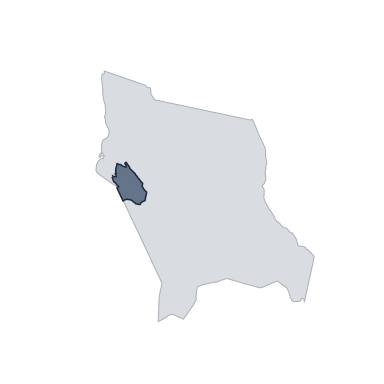 Fafi, North-Eastern, Kenya shown in context, rotated 155°
{"feature_id": "3690345B31550600225726", "entity_name": "Fafi", "entity_type": "district", "adm_level": 2, "iso_a3": "KEN", "parent_name": "Kenya", "parent_adm1": "North-Eastern", "projection": "equal_earth", "projection_center": [40.194, -0.782], "detail": "fine", "context": "in_parent", "style": "filled", "palette": "slate", "viewbox_px": 384, "rotation_deg": 155, "n_neighbors": 0, "source": "geoboundaries", "source_scale": "gbopen_adm2", "svg_char_len": 6745}
<svg xmlns="http://www.w3.org/2000/svg" viewBox="0 0 384 384"><g transform="rotate(155 192 192)"><path d="M106.7,232.4L106.6,227.5L107.2,215.0L107.1,204.0L107.6,198.5L109.6,195.0L110.5,192.5L111.2,188.9L112.2,186.1L114.6,183.7L115.0,182.4L117.6,178.5L119.1,173.5L120.2,171.8L121.7,170.2L122.7,169.3L124.3,168.5L125.6,168.0L125.9,167.6L126.0,166.8L125.6,163.7L126.1,162.7L127.0,160.6L128.0,158.7L128.9,157.4L129.4,156.2L129.7,154.0L129.7,152.4L129.7,149.9L129.4,144.1L128.4,139.2L127.7,133.8L128.2,132.1L127.4,128.9L126.9,128.7L126.3,128.0L125.4,125.0L124.7,122.3L124.3,121.6L121.5,119.2L120.0,113.6L118.4,112.4L117.6,106.8L117.4,105.2L118.3,99.6L118.3,98.4L117.3,97.2L114.6,96.0L112.4,93.7L112.7,92.9L112.9,92.0L111.7,91.5L108.4,82.0L112.7,76.2L117.1,70.4L122.7,63.1L127.8,56.4L132.2,50.6L136.1,45.4L136.0,46.4L136.1,47.7L136.5,48.5L137.3,49.0L138.5,48.5L139.5,47.6L140.4,47.5L146.3,49.6L147.3,51.5L147.2,53.5L147.5,55.0L147.0,56.5L146.5,61.0L146.6,65.0L148.4,68.1L150.0,70.5L151.2,73.8L152.2,74.8L153.4,75.4L157.5,75.5L163.5,75.7L169.3,75.9L169.8,76.0L171.0,76.5L176.3,81.0L181.2,85.1L185.3,88.7L189.3,92.2L193.2,95.6L196.2,98.4L199.2,99.3L204.0,99.7L207.4,99.8L210.5,101.0L215.0,102.1L218.5,102.7L220.6,103.3L226.3,103.9L227.3,103.6L229.8,100.4L232.6,95.4L233.7,92.6L237.4,89.8L243.9,85.9L248.4,83.2L253.5,80.4L255.7,82.8L258.9,86.6L260.3,88.5L261.5,89.4L263.2,89.9L265.3,89.9L266.4,89.8L268.8,89.4L274.2,88.9L277.4,88.9L274.7,94.0L271.6,100.1L265.8,111.3L261.4,117.2L258.0,121.6L257.7,122.4L257.7,127.4L257.8,139.5L257.8,163.8L257.9,188.1L258.0,212.4L258.0,224.5L258.0,228.6L261.0,233.7L263.8,238.7L267.6,245.3L269.6,248.8L270.0,250.0L269.9,252.3L266.8,257.3L264.2,259.5L260.8,260.6L259.7,260.4L258.4,259.7L257.9,260.9L257.5,262.7L256.7,262.3L256.1,261.8L256.5,265.1L256.8,266.7L256.3,268.9L254.6,270.8L254.5,272.4L250.9,276.7L245.8,277.1L243.1,279.2L241.9,280.9L240.9,284.7L241.3,290.5L239.8,294.9L239.6,297.1L236.9,300.0L235.8,302.7L234.9,305.3L234.1,306.5L233.2,312.5L232.0,316.2L231.7,317.4L231.4,318.5L230.4,320.7L229.8,322.1L229.4,323.1L226.2,332.5L223.8,336.7L221.9,336.2L220.6,337.9L220.5,338.6L219.8,338.2L218.2,336.6L214.9,333.5L211.7,330.3L208.4,327.1L205.1,323.9L201.8,320.7L198.5,317.6L195.3,314.4L192.0,311.2L190.0,309.3L189.2,308.2L188.5,306.0L188.2,305.5L187.3,304.8L186.3,304.6L186.0,304.2L186.0,303.2L186.4,301.6L187.6,298.7L187.7,297.0L187.5,295.1L187.1,291.9L186.7,291.2L184.6,289.6L180.0,286.2L175.5,282.7L170.9,279.3L166.3,275.9L161.8,272.5L157.2,269.0L152.7,265.6L148.1,262.2L143.5,258.7L139.0,255.3L134.4,251.9L129.8,248.5L125.3,245.0L120.7,241.6L116.2,238.2L111.6,234.7L109.9,233.5L108.3,232.4L106.7,232.4ZM258.4,265.7L257.6,265.9L258.0,264.3L260.3,262.2L261.3,262.6L261.5,263.1L261.4,263.6L261.0,264.0L258.4,265.7Z" fill="#d9dde1" stroke="#a8b0b8" stroke-width="1"/><path d="M233.1,211.1L233.2,211.4L233.8,212.7L234.2,213.7L234.2,214.0L234.3,214.5L234.5,215.8L234.5,216.3L234.6,217.1L234.7,217.6L234.7,217.9L234.8,218.2L234.8,218.3L234.7,218.4L234.6,218.5L234.4,218.6L234.3,218.8L234.2,219.0L233.9,219.5L233.5,220.1L233.4,220.2L233.2,220.3L233.2,220.5L233.3,220.8L233.3,221.1L233.3,221.3L233.2,221.4L233.3,221.5L233.4,221.8L233.6,222.1L233.7,222.3L233.7,222.6L233.7,222.8L233.8,222.9L233.8,223.0L234.0,223.3L234.0,223.6L234.1,224.1L234.1,224.3L234.2,224.5L234.3,224.7L234.3,224.8L234.3,225.0L234.2,225.2L234.2,225.3L234.2,225.5L234.3,225.7L234.4,225.8L234.4,226.0L234.5,226.1L234.6,226.3L234.7,226.8L234.8,227.0L234.9,227.3L235.0,227.5L235.0,227.9L235.0,228.2L235.0,228.3L235.0,228.6L235.1,228.8L235.0,229.1L235.0,229.3L235.2,229.5L235.3,229.8L235.4,230.0L235.5,230.4L235.5,230.6L235.6,230.8L235.7,231.0L235.8,231.3L235.8,231.6L235.8,231.8L235.7,232.3L235.7,232.5L235.8,232.7L235.9,232.8L236.0,232.9L236.0,233.2L236.1,233.4L236.2,233.8L236.4,234.2L236.4,234.3L236.5,234.5L236.7,235.0L236.8,235.2L236.9,235.4L237.0,235.8L237.2,236.4L237.2,236.6L237.3,236.7L237.3,236.9L237.4,237.0L237.5,237.2L237.6,237.5L237.9,237.9L237.9,238.1L238.0,238.2L238.0,238.3L238.1,238.6L238.2,239.1L238.3,239.4L238.3,239.5L238.3,239.9L238.3,240.0L238.3,240.3L238.2,240.6L238.2,240.9L238.1,241.1L238.2,241.4L238.2,241.5L238.3,241.8L238.4,242.1L238.4,242.4L238.4,242.5L238.6,243.6L238.8,244.6L238.9,245.2L238.9,245.4L238.9,245.8L239.0,246.0L239.1,246.4L239.1,246.5L239.3,246.7L239.3,246.8L239.6,246.8L239.8,246.8L240.0,246.7L240.9,246.1L240.4,244.6L240.4,244.4L241.4,242.4L242.2,243.2L244.1,245.1L244.2,245.3L244.3,245.4L244.5,245.9L244.6,246.2L244.8,246.6L245.0,247.0L245.7,247.4L246.2,247.6L246.3,247.6L246.7,248.0L246.8,248.4L247.1,248.6L247.4,248.8L247.6,248.9L247.7,249.0L247.8,249.0L247.9,249.3L248.0,249.4L249.3,247.3L249.5,247.2L249.7,246.9L249.8,246.9L249.9,246.7L250.0,246.7L250.3,246.4L250.4,246.2L250.7,246.0L250.8,245.9L251.0,245.6L251.2,245.3L251.4,245.0L251.4,244.9L251.5,244.8L251.5,244.6L251.6,244.4L251.8,244.2L251.8,243.9L252.1,243.5L252.3,243.4L252.4,243.2L252.5,242.9L252.5,242.7L252.5,242.3L252.5,242.2L252.7,241.9L252.7,241.7L252.7,241.4L252.8,241.3L252.9,241.1L252.9,240.9L253.1,240.9L253.2,241.0L253.3,241.0L253.5,241.1L253.8,241.0L253.9,240.9L254.0,240.9L254.0,240.7L253.9,240.4L253.9,240.2L253.8,239.9L253.7,239.9L253.7,239.7L253.7,239.4L253.7,239.2L253.8,239.1L253.9,238.8L254.0,238.7L254.2,238.2L254.3,238.1L254.3,237.9L256.6,239.3L256.8,239.6L256.9,239.8L257.0,239.1L258.2,238.8L258.6,234.5L258.6,234.4L258.3,233.9L258.0,233.5L258.0,233.4L257.9,233.2L257.8,232.9L257.7,232.8L257.6,232.7L257.5,232.2L257.4,232.0L257.3,231.6L257.2,231.3L257.2,231.0L257.2,230.8L257.2,230.6L257.1,230.3L257.1,230.2L257.0,229.8L256.9,229.5L256.9,229.4L256.6,228.9L256.5,228.7L256.4,228.6L256.3,228.3L256.2,228.2L256.1,227.9L258.3,227.4L258.3,213.0L257.3,213.0L256.7,213.2L256.6,213.3L256.4,213.3L256.2,213.3L256.0,213.2L255.7,213.2L255.3,213.2L254.6,213.1L254.2,212.9L253.9,212.8L253.7,212.7L252.9,212.1L251.7,211.4L251.2,211.0L250.9,210.7L250.3,210.0L250.0,209.6L249.9,209.5L249.9,209.4L249.7,209.0L249.5,208.6L249.5,208.4L249.4,208.3L249.4,208.1L249.4,207.9L249.2,207.6L249.1,207.4L248.9,207.3L248.9,207.2L248.7,206.9L248.5,206.6L248.3,206.4L248.3,206.2L248.2,206.0L248.1,205.8L248.1,205.5L248.0,205.4L248.0,205.2L247.9,205.1L247.7,205.1L247.4,204.9L247.1,204.5L246.8,204.3L246.6,204.1L246.4,203.8L246.3,203.7L246.2,203.7L245.8,203.6L245.7,203.6L245.5,203.4L245.4,203.4L245.2,203.2L245.0,202.9L244.9,202.7L244.7,202.6L244.4,202.7L243.5,203.3L243.3,203.4L243.0,203.6L242.7,203.8L242.4,203.9L242.2,204.0L241.9,204.0L241.6,204.1L241.4,204.1L241.1,204.0L240.8,204.0L240.5,204.1L240.4,204.1L240.2,204.1L239.8,204.1L239.7,204.1L238.8,204.0L238.6,204.0L238.4,204.1L238.2,204.2L237.9,204.3L237.7,204.5L237.5,204.8L237.1,205.8L236.0,207.2L234.2,209.4L234.1,209.6L233.1,211.1Z" fill="#64748b" stroke="#1e293b" stroke-width="1.5"/></g></svg>